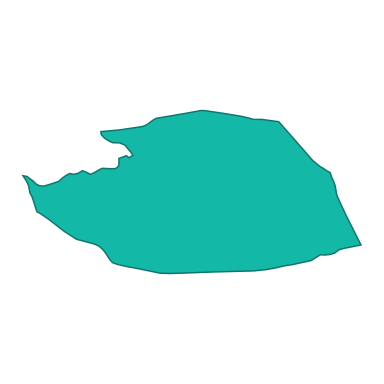 Kilimani, Nairobi, Kenya
{"feature_id": "3690345B60954938722766", "entity_name": "Kilimani", "entity_type": "district", "adm_level": 2, "iso_a3": "KEN", "parent_name": "Kenya", "parent_adm1": "Nairobi", "projection": "albers", "projection_center": [36.768, -1.277], "detail": "fine", "context": "isolated", "style": "filled", "palette": "teal", "viewbox_px": 384, "rotation_deg": 0, "n_neighbors": 0, "source": "geoboundaries", "source_scale": "gbopen_adm2", "svg_char_len": 1485}
<svg xmlns="http://www.w3.org/2000/svg" viewBox="0 0 384 384"><path d="M128.4,266.9L138.5,268.7L160.1,273.2L170.1,273.5L180.1,273.2L212.4,272.0L253.8,270.9L266.1,269.6L273.7,268.3L284.6,265.8L292.4,264.6L311.0,260.6L320.3,254.8L324.9,255.0L329.9,254.5L334.5,253.1L339.2,249.7L344.4,248.3L361.0,245.0L346.1,215.4L339.6,201.5L336.8,195.1L335.8,189.5L335.1,185.5L333.7,181.6L331.9,177.8L330.1,172.5L326.7,170.8L322.9,168.1L319.7,166.3L312.5,160.3L305.6,152.3L302.2,148.4L293.8,138.8L278.7,121.7L261.7,119.4L253.6,119.4L248.5,118.0L242.8,116.6L236.5,115.5L223.7,113.4L204.6,110.6L201.3,110.5L186.5,113.2L160.6,117.6L156.3,118.3L153.4,119.9L146.6,124.9L142.2,126.6L118.7,130.0L100.9,131.6L101.2,134.6L104.6,138.2L109.6,141.4L112.7,142.7L116.3,142.8L119.7,142.9L125.0,145.1L128.1,149.0L130.9,152.2L132.9,155.4L129.0,157.7L126.3,155.7L122.5,157.1L118.9,158.4L119.0,161.8L118.7,166.0L115.7,168.6L110.3,168.7L105.8,168.5L102.4,168.3L99.6,169.5L96.8,171.2L93.6,173.0L90.3,174.4L86.6,172.3L82.4,170.7L78.1,173.3L73.5,174.3L69.8,173.5L66.1,175.4L62.5,178.0L58.7,181.3L54.8,182.7L51.5,183.8L47.3,185.1L43.5,186.1L39.5,185.7L36.1,184.0L33.0,180.9L30.0,178.8L27.1,176.5L23.0,175.7L26.5,181.2L28.5,185.4L29.3,189.5L29.9,192.9L32.2,197.1L33.6,201.4L35.3,206.8L36.9,211.7L40.6,213.7L48.8,219.4L59.9,228.0L65.0,231.9L76.6,239.3L82.7,240.9L88.9,242.5L94.8,244.2L99.2,246.3L102.9,249.7L106.4,254.2L109.1,258.6L112.4,262.6L117.7,264.5L128.4,266.9Z" fill="#14b8a6" stroke="#0f766e" stroke-width="1.5"/></svg>